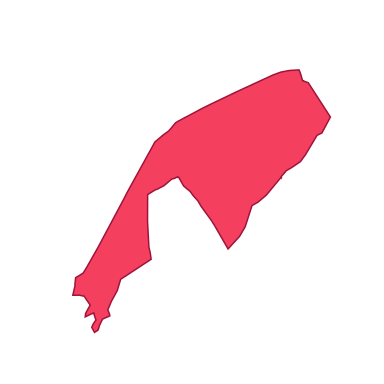 the district of Babadayhan, Ahal, Turkmenistan, rotated 58°
{"feature_id": "10190150B42989304972975", "entity_name": "Babadayhan", "entity_type": "district", "adm_level": 2, "iso_a3": "TKM", "parent_name": "Turkmenistan", "parent_adm1": "Ahal", "projection": "albers", "projection_center": [60.205, 38.26], "detail": "fine", "context": "isolated", "style": "filled", "palette": "rose", "viewbox_px": 384, "rotation_deg": 58, "n_neighbors": 0, "source": "geoboundaries", "source_scale": "gbopen_adm2", "svg_char_len": 1400}
<svg xmlns="http://www.w3.org/2000/svg" viewBox="0 0 384 384"><g transform="rotate(58 192 192)"><path d="M227.1,108.4L226.3,108.4L223.9,100.7L224.1,95.0L224.1,94.7L223.7,84.0L221.4,78.3L220.9,76.8L220.3,75.6L210.2,55.9L210.8,50.6L201.8,34.9L160.9,35.5L157.0,38.6L156.7,38.5L156.1,39.2L148.7,37.1L145.2,36.5L140.6,44.9L137.4,53.1L135.7,61.1L130.6,101.2L127.5,128.8L126.4,139.9L124.6,166.4L124.6,169.3L127.0,176.5L127.9,179.5L128.3,185.8L129.9,196.9L158.2,247.6L161.7,253.4L189.0,300.8L200.3,321.6L203.1,327.3L203.0,336.1L208.5,340.4L209.3,340.6L210.2,341.6L216.4,347.8L219.8,342.2L222.5,339.5L222.9,338.7L234.1,338.3L234.3,338.9L236.1,342.2L238.7,346.7L241.3,348.7L242.3,340.2L242.7,340.2L242.7,339.4L245.3,340.3L249.7,341.3L250.7,343.9L250.9,344.1L251.5,345.6L253.6,348.7L259.4,349.1L259.4,346.4L259.2,344.6L255.9,340.9L255.1,339.3L254.7,339.0L252.4,335.1L253.4,328.1L253.5,327.3L252.0,326.7L247.3,325.8L241.9,318.1L236.0,307.6L228.2,298.7L227.4,262.3L221.6,259.7L215.8,257.7L193.4,245.3L170.7,231.0L170.7,222.5L171.3,219.4L171.5,216.3L171.8,212.2L170.3,202.5L171.2,199.4L171.5,196.3L172.1,196.3L172.3,195.5L182.4,195.9L186.1,194.8L190.4,193.3L195.9,192.9L202.7,191.7L209.1,191.9L226.9,190.6L230.0,190.7L231.2,190.6L259.4,191.6L254.9,175.3L250.0,165.9L249.0,164.5L235.3,148.3L235.6,141.4L234.0,130.5L226.8,108.9L227.4,108.9L227.1,108.4Z" fill="#f43f5e" stroke="#9f1239" stroke-width="1.5"/></g></svg>